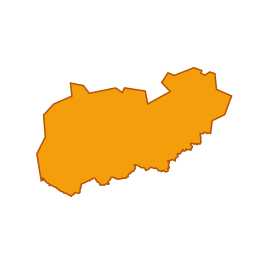 Yei, Central Equatoria, South Sudan, rotated 295°
{"feature_id": "79223893B15931514297219", "entity_name": "Yei", "entity_type": "district", "adm_level": 2, "iso_a3": "SSD", "parent_name": "South Sudan", "parent_adm1": "Central Equatoria", "projection": "natural_earth1", "projection_center": [30.16, 4.243], "detail": "fine", "context": "isolated", "style": "filled", "palette": "amber", "viewbox_px": 256, "rotation_deg": 295, "n_neighbors": 0, "source": "geoboundaries", "source_scale": "gbopen_adm2", "svg_char_len": 4371}
<svg xmlns="http://www.w3.org/2000/svg" viewBox="0 0 256 256"><g transform="rotate(295 128 128)"><path d="M214.0,183.8L213.3,178.3L208.4,175.5L208.4,171.0L211.2,170.6L210.5,162.2L195.2,147.7L194.9,140.9L183.4,139.3L178.9,150.9L158.1,135.7L168.8,128.0L162.9,107.9L157.7,107.9L159.1,99.9L143.1,78.2L147.6,69.7L144.4,56.9L133.2,63.7L118.4,50.6L104.1,46.0L84.8,56.9L66.0,56.3L43.9,71.4L44.1,71.4L44.5,72.7L46.4,71.7L46.9,72.5L45.4,73.9L45.5,75.4L44.9,75.4L44.5,76.7L44.4,77.4L43.9,78.4L44.2,79.5L44.0,80.3L42.7,80.7L42.7,81.5L43.7,82.1L43.9,83.0L43.5,84.3L43.5,85.5L43.5,85.9L43.5,86.5L43.7,87.2L43.8,87.7L43.4,88.3L43.3,88.6L43.2,89.1L43.3,89.4L43.3,90.2L42.7,90.9L42.6,91.6L42.7,92.3L42.6,92.7L42.2,93.6L42.2,94.3L42.5,94.8L42.5,95.4L42.5,96.3L42.3,96.6L42.0,97.2L42.2,98.1L42.4,98.7L42.7,99.3L42.8,100.1L42.7,100.7L42.3,101.1L42.2,102.0L42.4,102.4L42.5,103.2L42.5,104.1L42.0,104.7L42.0,105.2L42.7,105.5L43.7,105.9L44.5,106.1L44.8,107.0L45.5,107.0L46.1,107.1L46.8,107.2L47.1,107.9L47.2,108.5L47.5,109.2L47.8,110.2L48.0,111.1L48.8,111.6L49.7,111.6L50.9,110.9L51.6,110.8L52.6,110.4L53.1,110.7L53.9,110.2L54.7,110.3L55.0,110.4L56.1,109.8L56.7,109.5L57.3,109.6L57.6,109.5L58.0,109.9L58.6,110.2L59.5,111.3L60.5,112.1L61.2,112.7L62.2,113.5L63.1,114.0L64.1,114.8L63.9,115.4L64.3,115.9L65.1,115.9L65.7,116.2L66.1,116.9L67.0,117.4L67.5,117.6L67.9,118.3L68.2,118.8L68.4,119.5L67.8,120.5L67.3,120.8L67.0,121.4L67.0,122.0L66.5,122.6L66.0,123.1L66.0,123.7L66.2,124.4L66.2,125.0L65.7,125.6L65.1,125.9L64.9,126.1L64.6,126.9L64.5,127.6L65.0,127.8L65.8,128.4L65.7,129.1L65.7,129.6L66.2,130.2L66.3,130.9L66.9,131.2L67.6,131.3L68.1,131.8L68.5,132.9L68.4,133.6L69.1,134.4L69.7,134.4L69.9,133.7L70.0,132.8L70.9,132.7L71.5,132.8L72.1,133.0L72.7,133.3L73.6,133.6L74.0,133.9L74.7,133.7L75.3,133.4L76.1,133.4L76.4,133.7L76.9,134.7L76.9,135.4L76.9,136.2L77.1,136.7L77.6,137.0L77.4,137.8L76.9,138.2L76.9,138.8L77.0,139.2L77.3,140.1L77.7,140.4L77.8,141.4L78.4,142.3L78.9,142.6L79.4,143.7L79.8,144.2L80.5,144.4L80.5,145.0L80.9,145.9L81.4,146.7L81.6,147.3L82.5,147.6L83.0,147.5L83.2,147.9L83.5,148.6L84.3,148.6L84.9,148.0L85.8,148.1L86.4,148.3L87.4,148.6L87.5,149.2L88.0,149.3L88.5,149.3L89.0,149.6L90.2,150.3L91.2,150.8L91.4,151.4L92.0,151.6L92.7,151.3L93.4,151.5L94.1,151.7L95.2,151.5L96.0,151.0L96.5,150.4L96.9,149.5L97.5,149.7L97.7,150.2L97.9,151.1L98.0,151.7L98.0,152.4L98.1,153.3L98.1,154.4L97.7,155.7L97.7,156.5L97.8,157.6L98.2,158.2L98.8,158.9L98.7,159.3L98.7,160.3L98.2,160.9L97.6,161.2L97.1,161.8L97.5,162.5L98.2,163.1L98.9,163.6L99.5,164.2L100.5,164.5L101.2,164.7L102.0,165.1L102.0,166.0L102.4,166.6L102.4,167.2L102.3,167.7L102.5,168.5L102.6,169.4L103.0,169.8L103.7,170.4L103.6,171.2L103.2,171.7L102.7,172.4L102.7,173.2L102.1,173.8L102.4,174.3L102.9,175.1L103.0,176.1L102.5,176.6L103.1,177.2L103.6,177.4L104.2,177.9L104.8,178.5L104.2,179.0L104.1,179.7L104.2,180.3L104.3,181.1L105.0,181.8L105.6,182.1L106.1,182.4L106.8,182.4L107.2,181.7L107.9,181.2L108.4,181.3L108.7,182.1L109.5,182.2L110.2,181.7L110.6,181.2L111.2,180.3L111.6,180.1L112.5,180.2L113.6,180.2L114.3,179.6L114.3,178.8L114.7,178.0L115.4,178.5L115.6,179.3L115.7,179.9L116.5,180.0L116.9,180.0L117.4,180.8L117.9,181.2L118.1,182.2L118.0,183.1L118.3,184.1L118.3,184.7L119.2,184.4L119.7,183.8L120.5,184.0L121.1,184.0L122.0,184.8L122.7,185.2L123.4,185.3L124.2,184.8L124.5,184.1L124.7,183.7L125.3,183.9L125.3,184.4L126.2,184.3L126.2,184.9L126.0,185.4L126.5,185.8L127.2,186.4L127.9,186.4L128.7,186.4L129.3,186.5L129.6,186.9L130.4,186.7L131.1,186.8L131.6,186.8L131.4,187.4L130.9,187.7L130.7,188.2L130.9,188.8L131.4,189.4L132.2,189.9L132.8,189.4L133.2,189.4L133.4,190.0L133.2,190.7L133.7,191.4L134.2,191.9L134.4,192.8L134.3,193.5L134.3,194.1L135.4,194.6L136.2,194.0L136.6,194.0L137.3,194.3L137.8,194.5L138.6,193.9L138.9,193.1L139.3,192.3L139.5,191.7L140.2,191.3L140.8,191.5L141.0,192.7L141.5,193.2L141.5,193.9L141.1,194.5L141.6,195.1L142.1,195.2L142.5,196.0L142.0,196.8L142.0,197.6L142.7,198.1L143.5,198.1L143.7,198.6L143.7,199.2L143.8,200.0L144.4,200.1L145.3,200.2L145.8,200.0L146.8,200.0L147.5,199.1L148.8,198.4L149.7,198.4L150.2,197.8L151.3,197.2L152.4,196.4L153.0,195.7L153.9,196.5L154.2,198.2L154.9,198.3L155.5,198.4L155.8,198.7L156.2,199.3L156.5,200.4L156.6,201.3L156.6,202.2L157.3,203.2L158.0,204.0L158.0,205.2L170.2,201.2L181.0,210.0L200.8,208.4L200.4,191.9L214.0,183.8Z" fill="#f59e0b" stroke="#b45309" stroke-width="1.5"/></g></svg>